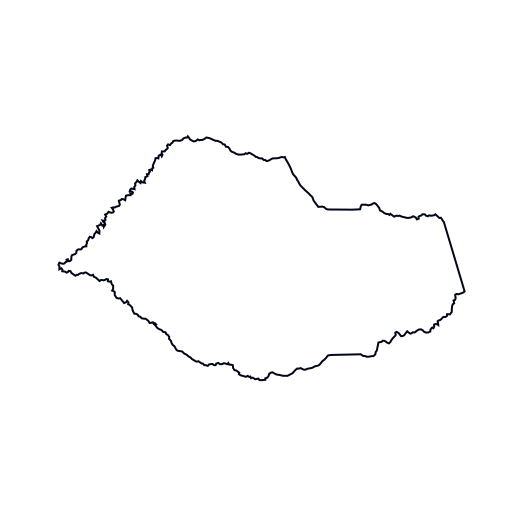 the district of Jaraguari, Mato Grosso do Sul, Brazil, rotated 157°
{"feature_id": "56859067B2748289037415", "entity_name": "Jaraguari", "entity_type": "district", "adm_level": 2, "iso_a3": "BRA", "parent_name": "Brazil", "parent_adm1": "Mato Grosso do Sul", "projection": "equal_earth", "projection_center": [-54.287, -20.248], "detail": "fine", "context": "isolated", "style": "outline", "palette": "ink", "viewbox_px": 512, "rotation_deg": 157, "n_neighbors": 0, "source": "geoboundaries", "source_scale": "gbopen_adm2", "svg_char_len": 6133}
<svg xmlns="http://www.w3.org/2000/svg" viewBox="0 0 512 512"><g transform="rotate(157 256 256)"><path d="M225.4,135.5L198.0,124.6L196.3,122.0L194.8,121.4L193.4,120.0L191.1,119.1L189.0,118.7L187.0,118.0L184.6,118.8L183.4,120.8L181.8,121.7L177.0,128.6L174.0,127.9L172.5,128.5L171.0,127.8L170.0,126.5L169.0,124.8L167.7,123.6L165.8,124.4L163.9,125.9L161.7,127.1L159.4,128.0L158.3,128.7L157.7,131.1L156.1,131.1L154.8,129.3L153.8,125.5L152.1,125.0L150.4,125.2L148.5,126.4L146.2,127.6L145.4,125.8L144.2,124.2L142.8,124.1L141.6,124.5L139.8,123.6L137.5,124.3L134.7,124.7L132.6,123.9L131.5,122.3L130.8,120.4L129.3,119.0L127.2,118.3L125.1,118.4L124.4,119.8L123.2,120.7L121.7,121.3L120.9,120.2L119.6,121.3L118.9,123.3L117.7,123.3L116.1,122.7L115.2,121.3L114.7,122.9L114.3,125.0L113.0,125.3L111.4,125.1L109.6,125.7L108.2,126.5L106.9,126.6L105.5,125.8L103.7,126.2L102.8,127.8L100.3,126.5L97.8,127.9L95.2,133.1L93.9,134.6L92.1,135.0L91.5,137.9L90.0,137.8L88.8,139.0L87.8,142.5L86.2,142.7L84.5,141.6L79.3,141.4L77.8,142.0L69.8,213.8L70.3,215.5L70.5,217.5L70.9,219.0L72.4,219.4L74.6,224.3L76.2,223.9L79.3,224.7L80.7,225.8L82.2,225.4L83.8,226.7L84.2,228.3L86.4,229.4L87.9,228.7L89.8,228.9L91.1,228.6L91.6,226.8L93.5,226.8L94.0,229.2L95.8,231.2L98.0,230.9L100.2,231.3L102.3,232.2L106.7,235.5L108.0,237.0L109.3,237.2L110.4,238.0L112.0,238.4L113.4,238.2L114.6,240.1L115.8,242.3L117.1,241.7L117.9,242.9L119.6,243.8L121.1,245.3L122.1,247.2L124.1,249.6L123.8,252.0L125.0,256.7L126.3,258.5L128.3,258.6L129.5,258.2L132.7,258.7L134.4,260.0L135.9,260.8L138.7,261.9L140.3,260.6L141.9,258.3L149.2,261.0L171.8,270.8L173.1,272.0L174.3,274.5L175.8,275.6L179.5,276.9L181.3,284.5L181.1,288.2L182.4,291.1L182.9,292.7L185.2,297.6L187.7,304.0L188.0,308.1L188.4,309.7L188.4,311.7L188.7,313.4L189.8,316.3L190.0,318.8L189.8,322.9L190.0,327.0L190.8,333.6L190.8,335.9L192.1,336.1L194.0,337.2L196.5,337.3L198.5,337.8L202.5,339.3L204.0,339.3L205.9,338.9L207.8,338.9L209.2,339.3L209.9,340.7L211.3,341.3L212.3,343.5L213.8,344.1L215.3,345.1L216.3,346.7L217.5,347.3L218.2,348.9L221.2,353.0L222.2,353.8L224.1,353.4L225.3,354.6L226.9,354.2L230.2,355.2L232.4,356.1L234.6,358.0L235.4,359.4L237.5,361.4L238.3,362.9L238.5,365.3L239.1,367.3L241.0,368.3L241.2,370.8L242.7,371.8L243.6,374.1L246.7,377.2L247.9,377.6L249.6,379.2L251.1,380.9L252.7,382.6L255.4,384.5L257.1,384.0L258.9,383.8L260.4,383.8L261.5,384.5L262.9,384.6L264.1,386.1L265.5,385.6L266.9,385.5L268.6,385.8L269.9,387.3L271.2,389.2L271.5,391.1L272.0,392.8L273.2,391.9L274.8,392.6L276.7,392.6L278.6,391.7L280.0,391.7L281.2,391.8L284.0,393.3L285.7,394.0L287.6,394.0L288.6,393.0L290.2,392.7L291.8,391.7L293.4,393.1L294.8,392.3L295.0,389.9L296.3,389.2L297.7,388.9L299.1,388.0L301.8,389.0L302.7,387.5L302.5,385.8L303.8,384.6L303.9,386.5L305.3,386.5L306.6,386.1L307.7,384.0L308.7,384.8L310.3,385.3L311.1,383.9L314.5,380.7L315.8,379.3L316.0,377.4L317.2,377.3L318.2,375.6L319.1,376.7L320.7,376.9L320.7,375.0L321.9,374.6L322.9,373.2L324.4,373.9L324.8,371.8L327.0,371.9L328.3,369.9L329.6,368.9L329.7,366.9L331.7,368.1L332.6,369.9L333.8,368.3L334.7,369.8L335.6,372.0L337.4,370.7L338.9,370.1L339.5,368.0L341.1,367.1L341.7,364.9L344.3,366.8L345.7,366.4L347.0,364.8L345.2,363.9L344.4,362.6L345.5,361.5L347.3,362.5L347.7,361.0L350.4,362.1L352.2,362.3L354.6,358.5L355.9,360.1L357.2,360.9L358.7,360.3L360.6,360.5L361.3,356.5L362.4,355.6L365.3,356.0L367.0,355.8L368.6,356.6L370.0,356.7L369.4,354.8L369.6,352.4L370.9,352.0L372.2,352.3L373.3,353.1L374.5,354.3L376.4,353.1L378.7,353.1L378.4,350.9L380.2,349.8L380.5,348.0L381.8,347.6L383.4,348.6L383.2,346.9L382.2,346.0L382.5,343.7L384.7,342.3L384.1,344.3L385.6,344.1L386.0,346.7L387.4,345.5L390.6,345.6L390.2,340.5L391.4,337.9L392.5,339.3L393.1,341.2L394.4,340.1L396.1,339.4L398.2,336.7L399.6,336.4L400.4,337.9L401.5,338.7L403.2,337.5L404.5,336.0L406.2,335.5L406.4,334.0L407.7,332.9L408.4,331.2L409.9,331.7L412.2,331.8L414.1,330.5L415.5,330.8L416.7,331.5L417.9,331.4L419.2,330.9L420.2,329.1L421.8,328.4L423.3,328.6L425.2,328.6L426.3,327.3L427.6,324.6L429.3,324.0L430.7,324.6L430.5,326.6L431.9,326.6L432.0,324.8L433.7,324.8L435.1,324.0L436.6,324.2L438.1,325.2L439.6,326.7L441.2,325.2L441.1,322.8L442.2,320.6L440.0,320.7L439.5,319.2L440.3,317.7L437.7,316.1L436.9,314.7L435.5,314.7L434.2,315.5L432.7,314.5L432.5,312.5L430.0,308.4L428.5,308.7L427.3,308.2L425.8,308.6L423.5,308.6L421.9,307.4L420.4,307.7L419.0,307.3L416.2,303.1L415.0,302.4L413.3,302.3L413.3,300.2L411.7,298.4L409.8,294.1L408.2,294.5L406.8,293.9L405.7,293.1L404.4,293.0L402.9,293.3L401.4,292.3L402.2,290.6L400.8,289.5L399.4,289.4L399.8,286.7L399.1,284.4L400.3,281.7L401.9,280.3L400.7,279.3L400.1,277.9L401.3,275.3L400.8,272.1L399.2,270.6L397.5,270.2L395.8,264.2L393.7,264.2L392.2,265.1L391.5,263.1L392.5,261.6L391.5,260.5L390.6,258.4L390.1,256.9L390.6,255.3L390.8,253.1L390.5,250.4L388.8,249.5L387.8,248.1L387.6,246.3L386.3,245.4L385.6,243.4L383.9,242.2L382.2,241.4L381.2,239.8L380.5,238.4L380.1,235.9L378.6,235.5L376.9,235.3L376.7,233.6L375.4,233.8L374.7,232.0L375.9,231.8L374.8,227.9L371.8,224.5L371.0,222.2L369.1,221.2L369.1,219.1L367.9,217.6L367.5,215.5L368.4,213.7L367.5,211.3L367.7,208.9L367.4,206.6L366.4,205.0L366.1,202.3L365.8,200.4L364.9,199.2L361.3,197.0L360.1,194.1L359.1,193.1L358.2,191.8L357.3,189.8L355.8,188.0L355.4,186.5L353.0,183.1L351.9,181.9L350.1,181.6L348.1,178.4L347.0,177.8L346.2,175.7L344.7,175.0L343.3,173.7L341.6,174.5L340.3,174.3L338.2,173.6L337.3,171.9L335.8,171.3L334.8,172.4L332.7,172.4L331.3,170.5L329.4,169.7L327.4,169.9L324.4,167.5L323.3,168.3L323.0,166.4L321.3,165.6L320.0,164.5L320.8,162.0L320.5,159.5L318.8,158.2L317.0,155.1L317.9,154.0L317.0,152.4L312.4,148.7L310.5,148.9L309.5,147.3L308.3,147.2L308.3,145.5L306.5,145.3L304.9,142.9L301.7,142.2L301.3,140.5L299.7,139.6L295.8,138.4L295.2,139.8L293.6,139.6L291.7,140.3L289.9,142.4L287.5,142.8L286.3,142.5L284.1,139.6L282.7,138.4L280.8,137.3L278.0,135.2L273.9,133.4L268.3,133.8L263.9,135.8L262.0,136.3L260.6,135.6L258.7,135.4L257.5,133.8L256.2,132.6L254.6,132.0L252.9,132.1L248.0,131.1L244.6,131.4L241.2,130.8L239.4,131.4L235.9,133.3L234.0,133.7L231.3,134.8L229.7,135.8L228.3,136.3L225.4,135.5Z" fill="none" stroke="#020617" stroke-width="2"/></g></svg>